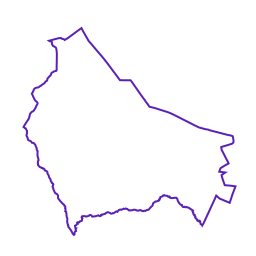 outline of Cherangany, Rift Valley, Kenya, rotated 355°
{"feature_id": "3690345B16240552911731", "entity_name": "Cherangany", "entity_type": "district", "adm_level": 2, "iso_a3": "KEN", "parent_name": "Kenya", "parent_adm1": "Rift Valley", "projection": "mercator", "projection_center": [35.178, 1.046], "detail": "fine", "context": "isolated", "style": "outline", "palette": "violet", "viewbox_px": 256, "rotation_deg": 355, "n_neighbors": 0, "source": "geoboundaries", "source_scale": "gbopen_adm2", "svg_char_len": 5799}
<svg xmlns="http://www.w3.org/2000/svg" viewBox="0 0 256 256"><g transform="rotate(355 128 128)"><path d="M230.0,195.5L225.7,194.5L219.4,193.4L217.4,185.4L217.1,183.1L218.8,182.1L221.0,180.8L215.1,179.5L216.2,177.1L216.7,176.1L220.4,174.2L223.0,173.0L225.1,172.1L224.7,170.9L224.3,169.7L223.6,168.3L219.5,158.1L219.3,157.4L219.2,155.1L230.1,152.8L231.7,151.7L232.0,150.0L232.0,149.3L231.8,146.8L231.6,145.3L229.0,144.1L228.5,144.1L226.8,143.6L210.4,137.8L208.6,137.1L208.0,136.7L205.7,136.1L204.9,135.9L198.7,133.6L193.5,130.5L177.7,120.6L172.0,117.2L170.5,116.4L168.6,115.5L156.3,110.4L151.1,108.6L150.1,106.6L148.0,103.4L147.2,101.6L146.8,101.1L146.0,99.9L143.2,95.2L135.8,82.3L134.7,80.7L124.2,79.7L112.5,60.8L108.1,54.2L103.7,48.1L98.2,40.3L96.4,37.9L92.2,28.8L90.3,24.4L76.2,33.0L72.6,34.8L72.1,34.1L71.4,33.8L70.7,33.6L69.5,33.1L69.1,32.5L66.6,32.5L56.9,34.2L57.5,34.7L58.8,35.0L59.6,35.6L59.7,36.4L59.5,37.7L60.0,38.6L60.5,39.8L61.7,40.4L62.7,41.2L63.1,41.6L63.4,42.4L63.5,43.1L63.6,44.8L63.6,47.8L63.3,51.0L61.9,64.3L61.5,64.8L59.2,65.2L58.2,65.8L57.5,66.0L56.7,66.5L56.4,66.8L56.1,67.5L55.6,68.6L55.2,69.0L54.1,69.8L52.0,71.9L51.7,73.3L51.3,73.9L49.9,74.5L49.6,74.9L49.2,75.5L48.5,76.2L47.5,76.8L46.0,77.4L45.4,78.0L44.5,78.5L43.9,78.7L43.3,79.1L42.5,79.7L40.2,79.9L39.4,80.1L38.6,80.4L38.1,80.8L37.6,81.4L37.3,82.0L37.1,82.6L35.8,84.7L35.2,85.3L37.1,90.8L37.7,92.0L38.1,92.7L38.9,93.5L39.8,94.5L40.1,95.2L39.9,96.0L38.2,98.7L37.7,99.8L35.7,102.4L35.2,102.9L34.3,103.3L33.6,103.5L33.1,103.9L32.6,104.5L32.0,104.9L31.6,105.5L30.9,107.7L30.2,109.7L29.4,110.8L25.6,115.6L24.0,117.9L25.2,119.1L25.9,119.3L26.2,119.9L26.5,120.8L27.1,122.0L27.1,122.5L27.1,123.4L26.7,125.1L26.3,126.0L26.2,126.8L26.5,127.5L27.1,128.9L27.2,130.0L27.4,131.0L27.8,131.5L29.8,132.5L30.4,133.2L31.0,134.3L31.7,134.5L32.7,134.7L33.3,135.5L34.2,136.8L34.7,138.7L35.0,139.2L35.2,140.1L35.3,140.7L35.2,141.2L35.2,141.9L36.0,143.1L35.8,143.5L35.7,145.3L35.5,146.3L35.4,146.9L35.4,147.6L35.6,148.3L35.7,149.0L35.6,149.7L35.9,150.3L36.1,151.1L36.0,151.9L36.0,152.6L35.5,153.0L35.3,153.5L35.3,154.3L35.1,155.1L35.1,155.7L35.3,156.2L35.1,157.0L36.8,159.3L37.5,159.5L38.1,159.7L38.4,160.3L39.3,160.4L39.7,161.1L40.6,161.1L41.1,161.6L41.4,162.9L42.7,163.6L43.2,164.0L43.7,164.5L43.9,165.3L43.8,166.2L44.0,166.9L44.7,167.9L44.9,168.4L44.9,169.0L45.1,170.1L45.4,170.7L45.6,171.2L45.9,171.7L46.3,172.3L46.5,173.5L46.4,174.0L46.7,174.6L47.3,175.2L47.4,176.2L48.0,176.4L48.7,177.6L48.3,178.3L48.3,178.8L47.9,179.2L47.7,179.9L48.1,180.7L48.2,181.2L48.3,181.8L48.3,182.6L48.9,183.9L49.1,184.9L49.7,186.2L50.0,186.8L51.3,187.3L51.6,187.8L52.4,189.2L52.2,191.5L52.4,192.2L53.2,193.4L53.6,194.0L53.9,194.4L54.2,195.1L55.2,196.1L55.5,196.8L56.1,197.3L56.6,197.9L57.0,198.5L57.7,199.0L57.8,199.9L58.4,200.3L58.7,200.9L58.6,201.7L58.3,202.3L58.7,202.9L58.6,203.6L58.7,204.3L58.2,205.4L59.2,206.4L59.0,206.9L59.2,207.5L59.1,208.1L59.2,208.8L59.2,210.2L59.2,211.4L59.7,212.7L59.6,213.9L59.2,215.6L59.4,217.4L59.4,218.2L59.8,218.8L59.7,219.3L59.7,219.8L60.1,220.2L60.0,221.0L60.1,221.7L60.7,222.3L61.1,222.9L61.3,223.4L62.2,224.8L63.1,226.7L63.5,228.0L64.1,229.0L64.8,229.8L65.3,229.4L65.6,228.9L65.4,228.2L65.7,227.6L65.9,227.0L66.6,226.2L67.2,226.1L67.1,225.4L67.2,224.8L67.0,224.1L67.5,223.5L66.9,223.4L67.0,222.8L66.6,221.5L66.7,220.7L67.9,220.3L68.3,219.9L68.5,219.4L69.0,218.9L69.6,219.0L69.6,218.3L69.3,217.7L70.1,217.4L71.2,217.7L71.8,217.0L72.3,216.7L73.9,216.4L74.2,215.8L74.3,215.3L74.2,214.5L74.7,213.9L74.0,212.8L74.6,211.9L76.5,211.9L77.5,212.1L78.1,212.5L78.8,212.5L79.6,212.4L80.5,212.3L81.4,212.0L82.0,211.5L82.7,211.3L83.6,211.7L84.1,212.1L84.4,212.9L85.0,213.2L85.9,213.2L86.7,213.2L87.3,213.0L87.8,213.1L89.4,212.8L90.9,212.4L91.5,212.9L92.0,213.3L92.6,213.3L93.2,213.1L93.8,212.8L93.7,212.2L94.4,211.9L95.2,212.0L96.3,211.8L97.0,211.5L97.9,211.5L98.4,210.9L100.1,210.1L101.4,210.4L102.8,211.2L103.5,211.8L104.4,211.9L105.3,211.5L106.0,211.7L107.3,211.1L108.1,210.6L108.7,210.2L109.3,210.1L110.2,210.6L111.0,209.6L111.6,209.1L112.4,208.7L113.1,208.6L113.8,208.6L114.4,208.9L115.7,208.4L116.5,208.0L117.2,208.3L117.9,208.3L118.5,208.0L119.1,208.1L119.8,208.6L120.3,208.6L120.7,209.2L121.3,209.5L121.6,210.0L122.2,210.3L122.9,210.1L123.5,210.4L125.0,210.2L125.8,210.1L126.5,209.9L128.1,210.1L128.8,210.5L129.5,210.7L129.9,211.1L130.5,211.1L131.0,211.3L131.5,211.1L133.4,210.8L133.9,211.3L134.6,211.8L135.1,211.9L135.7,212.2L136.2,212.0L136.7,212.1L137.2,211.9L137.8,212.1L138.4,212.0L139.4,211.4L141.2,211.2L142.2,210.5L142.8,209.8L144.1,208.6L145.5,207.6L145.9,206.9L146.1,206.1L146.3,205.4L147.0,204.8L148.4,204.0L148.9,203.6L149.5,203.7L151.0,203.4L151.6,203.2L152.4,203.1L152.9,202.6L152.7,201.8L153.8,201.3L154.0,200.5L154.0,199.8L154.5,199.5L155.3,199.4L156.2,199.2L156.7,198.9L156.9,198.4L158.0,198.0L159.1,198.7L159.9,198.7L161.3,199.1L161.8,199.6L162.1,200.1L162.7,199.8L163.3,199.8L163.7,200.3L163.8,201.1L164.6,201.5L166.4,201.7L168.4,201.6L169.1,201.7L169.9,201.6L170.4,202.1L170.9,203.0L171.1,203.6L171.2,204.5L171.5,205.5L171.9,206.3L172.9,207.9L173.3,208.5L174.1,209.2L175.0,209.4L175.2,210.2L175.2,210.7L175.5,211.1L176.1,211.5L176.8,211.7L177.6,211.4L178.8,212.1L179.6,211.8L180.3,212.2L181.4,212.7L181.9,212.9L182.2,213.4L182.7,213.7L183.2,214.1L183.9,214.6L184.5,215.1L185.2,215.5L185.6,216.2L185.0,216.6L185.2,217.5L185.8,218.3L185.5,219.0L186.2,220.4L186.9,220.5L186.8,221.4L187.3,221.9L187.5,222.4L187.1,223.0L187.7,224.1L188.3,224.4L188.8,225.2L188.8,225.8L189.2,226.5L189.8,226.4L190.2,226.9L190.8,226.5L191.3,226.8L191.8,227.2L191.5,228.0L191.8,228.7L192.0,229.4L192.0,230.0L192.5,230.4L193.0,230.7L193.3,231.1L193.5,231.6L195.1,229.3L207.8,207.1L208.8,205.3L209.7,203.5L210.0,203.0L213.1,206.3L215.3,207.4L222.8,211.4L226.2,203.4L230.0,195.5Z" fill="none" stroke="#5b21b6" stroke-width="2"/></g></svg>